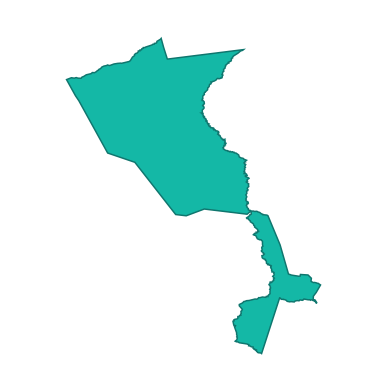 outline of Isiolo North, Eastern, Kenya, rotated 279°
{"feature_id": "3690345B29935700450408", "entity_name": "Isiolo North", "entity_type": "district", "adm_level": 2, "iso_a3": "KEN", "parent_name": "Kenya", "parent_adm1": "Eastern", "projection": "equal_earth", "projection_center": [38.187, 1.182], "detail": "fine", "context": "isolated", "style": "filled", "palette": "teal", "viewbox_px": 384, "rotation_deg": 279, "n_neighbors": 0, "source": "geoboundaries", "source_scale": "gbopen_adm2", "svg_char_len": 6078}
<svg xmlns="http://www.w3.org/2000/svg" viewBox="0 0 384 384"><g transform="rotate(279 192 192)"><path d="M283.4,50.5L268.9,61.8L264.4,66.0L217.3,102.6L212.4,130.9L167.2,179.4L167.6,190.0L177.1,206.8L178.7,249.9L182.6,253.3L183.0,252.3L182.9,251.4L183.3,250.3L184.3,250.3L185.4,248.8L186.7,248.4L187.0,247.8L188.6,248.1L188.8,248.7L189.4,248.4L189.3,249.1L189.7,249.4L190.8,249.0L191.8,246.8L192.7,246.4L193.4,246.7L193.9,246.3L195.8,246.9L197.6,245.6L199.2,246.4L201.4,245.7L202.0,246.8L202.9,247.0L203.8,246.0L205.2,246.3L206.2,247.2L208.1,246.6L208.8,246.8L210.4,244.1L211.4,245.2L212.3,244.4L213.0,244.7L214.3,246.2L214.8,245.8L215.7,242.3L216.4,242.2L217.0,243.8L218.2,243.0L218.5,242.1L218.4,240.7L219.3,241.3L220.1,240.2L220.8,240.8L221.7,240.3L222.6,240.7L223.4,240.2L224.7,240.9L225.2,240.0L227.6,240.8L227.9,240.4L227.6,239.8L228.9,238.8L229.9,239.4L230.1,240.1L230.7,239.8L231.9,240.9L232.3,239.1L232.2,238.2L233.0,237.8L233.3,237.0L233.3,235.4L234.0,233.2L235.9,232.3L237.3,229.5L237.3,227.5L237.9,227.2L237.7,226.3L238.1,225.7L237.6,224.4L238.1,223.7L237.6,222.7L238.2,221.9L237.8,221.2L238.4,220.5L238.3,218.9L239.5,216.2L240.1,216.3L240.6,215.7L241.4,216.3L242.6,216.3L242.7,216.9L243.2,216.6L243.7,217.6L244.5,217.3L244.9,217.7L245.3,216.9L245.7,217.5L246.1,216.7L247.4,216.8L247.8,216.0L248.3,216.3L248.3,215.3L249.0,215.7L248.5,214.3L249.0,214.1L249.0,213.4L249.8,212.9L250.0,212.1L252.1,210.8L252.1,209.9L252.9,209.3L253.0,208.8L253.4,209.2L253.7,208.6L254.6,208.4L255.0,209.1L255.7,208.8L256.2,207.7L256.2,205.7L256.8,205.5L257.1,204.8L256.8,203.7L257.6,203.1L258.1,203.7L258.4,203.5L258.6,203.0L258.5,200.6L258.8,200.6L259.2,199.5L259.9,199.5L259.7,198.8L260.0,198.2L260.8,198.3L261.0,197.6L261.6,197.2L262.0,197.8L262.5,196.3L264.0,195.8L264.1,195.1L264.6,195.4L264.7,194.6L265.6,194.7L266.2,193.8L266.5,194.0L267.1,192.5L267.5,192.5L267.4,192.0L268.2,191.5L268.4,192.3L269.6,190.9L270.6,190.7L270.8,190.0L271.4,190.4L271.6,189.2L271.9,189.9L274.4,189.3L276.5,190.7L277.3,190.7L278.1,190.3L279.3,188.5L279.2,188.9L280.0,189.8L280.4,189.8L281.1,190.4L283.0,189.9L284.0,188.6L284.0,188.1L284.2,188.3L285.2,187.5L286.0,188.1L287.7,187.7L289.0,187.9L290.1,189.0L291.0,188.6L292.4,188.9L292.6,189.5L293.2,189.7L295.4,191.4L297.4,191.3L298.7,192.4L301.0,192.5L301.7,193.7L302.9,194.0L303.5,193.6L303.5,194.4L304.3,194.8L304.8,196.2L306.2,198.1L308.0,199.2L308.3,199.9L308.0,200.9L309.2,203.3L309.5,203.0L310.1,203.9L311.4,203.8L312.1,204.2L312.7,203.4L312.9,203.8L313.3,203.5L315.4,203.7L316.1,204.5L318.0,204.0L319.6,205.3L320.3,205.1L321.9,205.6L322.3,205.3L324.6,207.2L325.2,208.2L325.8,207.6L327.5,210.1L328.7,210.3L329.7,210.0L330.4,210.4L330.7,211.1L331.5,211.0L332.8,211.7L336.3,215.7L338.9,217.9L339.8,219.8L340.7,220.6L319.5,147.2L319.5,146.8L330.3,141.4L338.9,137.5L338.0,137.0L335.3,133.8L334.0,133.8L333.3,133.1L332.9,131.6L332.0,131.5L331.8,130.2L330.9,129.4L327.9,123.5L327.4,123.1L327.0,121.3L326.3,121.4L325.7,120.1L324.6,119.9L324.0,118.3L323.3,118.5L322.9,116.9L322.0,117.0L320.3,115.7L320.2,115.0L318.8,113.7L317.7,113.9L315.9,112.1L312.2,110.6L311.1,109.6L308.1,102.3L308.1,101.3L307.4,98.4L306.2,94.8L304.0,90.9L304.2,88.5L303.6,88.0L302.6,85.3L301.3,83.4L299.6,82.4L298.5,80.8L297.7,80.6L297.1,79.5L296.1,78.9L294.6,77.1L294.4,74.9L293.1,73.8L291.2,69.2L289.3,67.1L288.2,65.3L287.0,64.7L286.6,61.6L286.9,59.7L286.0,57.9L286.0,55.0L283.4,50.5ZM122.5,323.5L125.5,323.4L128.2,319.6L127.5,312.0L125.9,312.0L125.5,310.7L125.5,303.3L126.1,300.1L153.5,287.3L180.5,270.7L180.9,269.7L180.7,265.6L181.0,265.6L181.4,263.8L182.4,262.1L182.6,260.4L183.1,259.1L182.6,256.8L182.8,255.2L182.4,254.4L182.6,253.3L179.5,254.0L178.7,253.3L178.5,252.7L176.9,252.0L175.9,250.9L175.2,251.2L175.2,250.1L174.9,249.9L174.3,250.5L174.4,251.8L173.4,252.6L172.7,254.0L171.8,254.2L170.2,257.5L168.8,258.2L168.2,259.2L167.2,259.3L165.3,262.6L164.1,263.1L163.7,264.0L163.3,264.0L163.0,262.8L162.1,262.7L162.2,261.7L161.5,261.9L160.9,260.3L159.4,259.3L159.0,260.5L159.2,261.1L159.0,261.7L156.0,263.9L155.4,266.3L155.6,267.6L154.3,269.3L150.8,269.9L149.6,270.5L148.6,269.7L147.8,269.6L145.8,270.4L144.7,269.7L144.1,270.1L143.2,272.0L142.5,272.0L142.0,273.1L140.6,272.2L140.1,271.0L138.1,271.6L137.3,272.8L136.9,274.9L136.3,275.4L136.1,275.2L135.2,276.3L133.3,276.7L132.6,278.1L132.1,278.1L132.0,279.3L132.4,279.3L131.8,280.2L131.8,281.4L131.4,281.9L130.7,281.4L130.2,281.8L129.6,281.5L128.2,282.8L127.2,282.8L126.4,283.4L125.6,283.4L125.6,285.2L125.3,285.6L124.6,285.4L123.7,286.0L122.7,286.0L121.3,284.9L119.8,286.8L118.8,286.0L117.9,286.6L117.0,286.2L116.5,285.4L115.1,284.8L115.4,283.8L115.2,283.2L113.6,283.3L112.8,282.5L112.3,282.7L111.7,283.6L110.0,284.5L109.4,284.2L108.9,284.6L108.0,284.0L107.5,284.6L105.6,284.6L103.8,285.0L101.6,283.3L100.6,283.4L100.5,281.7L99.5,281.4L99.3,278.0L98.2,275.5L98.1,274.4L96.8,273.6L96.2,272.4L96.2,271.1L93.8,265.4L93.2,262.9L92.2,261.3L92.0,260.4L90.3,259.2L88.3,256.3L87.0,256.5L84.0,260.0L82.5,259.7L81.8,259.0L79.6,259.6L78.9,259.1L77.8,259.5L77.4,258.2L76.2,257.9L76.1,256.8L74.3,257.0L73.5,256.0L73.0,254.3L72.3,253.4L71.4,253.8L71.1,252.9L70.7,252.7L67.0,254.1L66.8,255.9L65.9,255.7L65.6,255.0L59.9,258.1L58.4,258.3L56.7,259.2L55.9,258.8L55.1,259.6L53.0,259.4L51.4,258.0L51.0,259.2L51.1,260.8L50.5,262.3L50.5,269.9L50.0,272.1L49.0,272.0L48.9,273.8L48.4,274.6L48.4,276.7L47.2,276.8L46.8,278.1L46.4,278.0L46.1,280.0L45.6,279.6L45.1,280.7L44.6,280.8L44.2,281.8L43.8,282.0L43.6,282.9L43.8,285.0L43.3,286.0L101.1,295.1L101.0,295.9L100.1,296.7L100.0,297.7L100.4,298.9L100.1,299.4L100.2,300.5L99.8,301.9L98.9,303.1L98.8,305.7L99.2,306.9L99.4,310.2L100.5,311.0L101.2,312.9L101.3,314.8L102.3,315.5L102.3,317.9L102.7,318.1L102.9,318.9L103.8,319.3L103.7,323.7L104.0,325.1L103.7,325.8L104.0,325.9L104.2,327.5L103.8,328.2L104.0,329.0L103.3,329.8L103.1,330.5L103.3,330.8L103.0,331.5L102.3,331.5L101.7,332.1L101.7,332.3L102.3,332.5L104.6,330.4L104.8,328.5L108.1,328.2L112.2,330.4L120.3,333.5L121.6,330.7L121.4,330.0L121.8,328.6L121.8,326.9L121.5,326.1L122.0,324.5L122.5,323.5Z" fill="#14b8a6" stroke="#0f766e" stroke-width="1.5"/></g></svg>